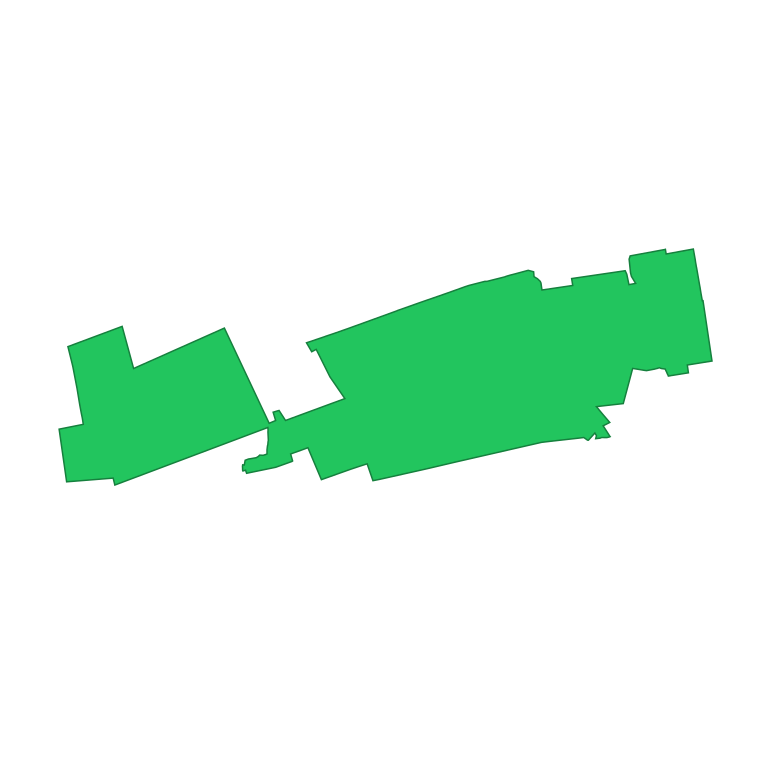 Draganesti, Galati, Romania, rotated 172°
{"feature_id": "2599482B97201329227047", "entity_name": "Draganesti", "entity_type": "district", "adm_level": 2, "iso_a3": "ROU", "parent_name": "Romania", "parent_adm1": "Galati", "projection": "robinson", "projection_center": [27.487, 45.796], "detail": "fine", "context": "isolated", "style": "filled", "palette": "green", "viewbox_px": 768, "rotation_deg": 172, "n_neighbors": 0, "source": "geoboundaries", "source_scale": "gbopen_adm2", "svg_char_len": 2341}
<svg xmlns="http://www.w3.org/2000/svg" viewBox="0 0 768 768"><g transform="rotate(172 384 384)"><path d="M56.5,422.1L56.8,422.1L57.2,422.1L57.5,430.1L57.6,435.9L57.7,437.8L58.2,453.6L58.3,456.0L58.4,457.2L58.4,458.4L58.5,460.9L58.5,463.3L58.5,463.8L58.9,474.6L86.5,473.5L86.6,478.2L87.2,478.1L122.4,476.6L123.9,473.5L124.4,459.7L124.0,456.1L120.8,448.6L127.6,448.3L128.3,458.9L129.4,462.6L183.5,462.3L183.4,455.3L214.5,455.1L214.5,462.1L215.0,463.9L217.4,466.9L220.5,469.4L220.2,474.3L225.4,476.5L239.8,474.7L243.6,474.3L248.3,473.6L249.2,473.3L249.3,473.3L267.8,471.3L269.9,471.6L286.0,469.8L289.4,469.2L289.5,469.2L308.8,465.2L336.7,459.7L360.4,454.9L360.9,454.7L412.0,443.9L427.0,440.9L435.6,439.3L435.8,439.2L455.0,435.6L451.1,426.0L446.3,427.7L436.5,398.5L424.8,375.0L486.6,361.6L491.6,372.4L493.9,372.1L497.7,371.5L496.4,362.9L503.2,361.1L534.3,461.6L629.8,434.2L635.3,477.5L652.9,473.6L678.7,467.9L691.8,465.0L690.0,447.6L689.7,444.2L688.6,422.4L688.2,405.7L688.0,401.3L687.8,396.9L687.5,392.5L687.4,385.9L712.0,384.5L711.9,339.7L711.9,331.3L665.3,328.5L664.6,321.4L561.8,344.4L505.1,357.1L505.2,354.6L505.6,352.6L506.4,344.2L506.9,342.8L507.5,340.0L508.0,339.0L509.0,335.2L509.6,331.0L511.1,330.6L513.6,330.2L517.0,330.9L518.6,329.7L520.8,328.8L526.9,328.6L528.6,328.6L532.1,327.8L533.6,323.3L535.2,323.6L535.6,322.2L535.8,320.0L536.0,318.3L535.8,317.5L533.1,317.9L532.5,314.7L502.8,316.6L485.9,320.1L485.2,320.5L486.2,327.7L472.8,330.5L468.2,331.5L459.3,298.0L429.0,304.2L420.4,305.8L411.8,307.3L408.4,289.8L401.4,290.2L358.1,293.7L352.1,294.2L324.7,296.7L318.9,297.2L236.0,304.3L223.5,304.0L199.0,303.3L193.6,303.2L190.3,300.1L189.4,299.9L185.8,302.9L182.0,306.1L180.8,303.3L181.1,302.5L182.0,300.4L177.7,300.3L175.9,300.7L171.3,300.0L170.8,299.9L168.1,300.2L167.4,300.4L167.7,300.9L168.0,301.6L169.5,304.9L172.8,312.1L165.8,314.5L171.8,323.9L176.8,332.0L174.8,332.0L149.8,331.3L140.2,353.9L135.6,364.8L131.3,363.5L124.0,361.2L122.2,360.7L120.0,360.8L113.9,361.1L112.5,361.3L111.1,361.4L110.8,361.5L110.1,361.6L109.0,361.8L107.7,361.0L107.1,360.7L103.5,359.7L103.3,359.0L103.1,358.4L102.9,357.7L102.3,355.9L102.2,355.3L102.1,354.9L101.8,354.0L101.5,353.2L101.3,352.3L99.7,352.3L98.5,352.4L97.2,352.4L96.8,352.4L81.0,352.7L81.0,360.6L76.0,360.7L56.0,361.1L56.5,422.1Z" fill="#22c55e" stroke="#15803d" stroke-width="1.5"/></g></svg>